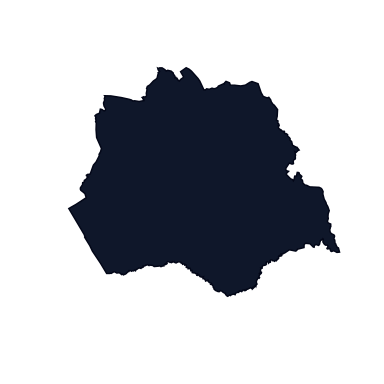 Mlele, Katavi, United Republic of Tanzania, rotated 149°
{"feature_id": "72390352B12905062635487", "entity_name": "Mlele", "entity_type": "district", "adm_level": 2, "iso_a3": "TZA", "parent_name": "United Republic of Tanzania", "parent_adm1": "Katavi", "projection": "mercator", "projection_center": [31.658, -6.61], "detail": "fine", "context": "isolated", "style": "filled", "palette": "ink", "viewbox_px": 384, "rotation_deg": 149, "n_neighbors": 0, "source": "geoboundaries", "source_scale": "gbopen_adm2", "svg_char_len": 5900}
<svg xmlns="http://www.w3.org/2000/svg" viewBox="0 0 384 384"><g transform="rotate(149 192 192)"><path d="M198.9,81.7L197.7,81.3L198.0,80.6L197.3,80.1L196.0,80.0L195.8,80.5L194.1,80.0L191.2,79.9L190.6,78.6L189.5,78.8L190.0,77.8L186.5,78.6L187.1,79.1L186.8,79.3L185.8,79.4L185.4,79.1L185.5,78.6L184.5,79.6L183.7,79.6L183.5,81.2L182.5,82.7L179.9,84.1L179.2,84.1L178.9,83.5L178.2,83.8L178.2,85.1L176.5,86.3L176.3,87.5L175.8,87.5L175.9,86.9L175.1,86.8L175.2,86.5L174.6,86.6L173.8,87.4L174.3,88.5L173.4,90.0L172.5,90.6L172.3,91.4L171.2,90.6L170.2,91.9L169.1,92.4L166.9,91.6L165.8,91.6L164.4,93.7L163.4,93.7L162.8,92.2L163.1,91.6L161.6,91.9L161.0,91.5L160.2,92.4L160.4,93.0L159.3,93.3L158.6,92.8L158.1,91.3L157.3,91.0L156.9,90.1L156.0,90.5L155.3,89.6L154.3,89.9L154.0,90.4L152.9,90.2L151.7,90.7L151.2,92.0L150.2,91.9L150.2,92.5L149.7,92.5L148.9,91.3L147.8,91.3L147.0,92.3L147.9,92.9L147.6,93.2L146.0,92.1L145.3,92.4L144.1,92.0L138.3,92.3L133.6,88.0L132.7,87.9L130.9,88.6L124.6,86.7L123.0,89.2L121.2,89.6L117.5,86.9L116.4,82.4L115.8,81.8L114.5,83.2L112.7,83.1L111.1,81.1L110.6,81.1L109.2,81.8L109.1,82.3L106.9,84.2L105.7,84.4L105.5,84.1L103.9,84.7L103.7,83.9L105.5,81.8L105.5,79.4L105.0,77.8L103.4,76.7L103.2,76.1L103.6,75.2L105.4,74.1L105.3,73.5L103.0,72.5L103.5,70.0L103.1,69.2L100.7,68.6L98.9,65.6L96.5,64.5L95.3,68.7L96.0,69.5L95.9,72.5L95.5,73.2L95.9,74.2L94.4,77.3L94.6,78.8L92.7,80.5L92.4,81.2L92.4,82.0L94.2,84.9L94.1,86.9L93.0,89.4L92.5,89.4L91.4,90.9L90.9,90.8L89.6,93.1L91.2,95.3L91.0,97.2L88.9,99.0L88.1,100.9L86.5,103.2L84.0,105.3L83.1,109.7L83.1,112.4L82.6,113.9L82.4,117.8L80.9,122.9L79.4,124.9L79.2,127.4L79.4,128.6L80.6,130.5L88.4,135.7L90.2,138.6L91.5,139.7L92.4,142.4L91.3,145.3L92.1,147.4L89.8,148.9L90.8,152.1L90.3,153.1L90.9,154.1L91.7,154.6L94.2,151.9L95.8,152.7L98.1,150.1L99.4,149.4L99.4,150.8L100.7,152.5L102.1,158.3L101.5,159.3L98.6,160.0L99.9,161.4L100.2,163.0L99.0,164.2L93.7,166.7L92.0,164.5L90.9,164.0L90.2,164.3L89.8,165.7L88.3,167.2L86.6,167.1L85.8,167.9L85.6,168.8L84.2,170.3L83.8,172.0L83.1,172.3L83.0,173.2L82.5,172.3L79.6,173.0L78.6,172.8L79.0,176.3L79.6,176.7L80.0,177.6L80.6,177.7L80.9,179.1L81.8,180.2L80.6,184.0L81.3,186.0L80.5,187.0L80.5,188.5L81.3,190.5L80.5,192.0L81.3,193.6L82.0,193.7L82.5,194.5L81.7,195.8L81.8,196.7L82.7,196.6L82.8,197.3L83.4,197.7L83.5,199.1L84.3,199.3L84.1,200.0L85.0,202.0L83.9,204.3L83.3,203.9L82.9,204.3L82.6,205.9L83.2,206.5L81.7,208.7L82.6,210.3L80.0,213.0L76.2,218.6L76.8,224.1L77.4,225.2L77.6,228.4L77.1,230.6L77.4,233.6L79.1,233.9L81.7,237.2L81.6,241.5L79.6,250.8L83.7,255.8L85.9,256.2L91.2,256.1L95.6,257.8L100.5,261.6L104.1,263.8L103.6,266.3L105.9,269.3L108.1,268.7L108.6,268.1L109.1,268.5L114.8,269.2L116.2,268.5L118.3,268.6L120.0,269.2L121.4,270.7L124.3,271.1L126.3,272.9L128.0,272.6L129.2,273.5L128.2,283.1L128.4,286.2L130.2,295.8L131.2,298.7L133.0,301.5L139.8,301.0L139.9,295.3L140.7,294.6L143.6,294.4L145.7,293.6L146.3,294.5L146.3,296.5L146.6,296.7L146.3,297.3L147.0,298.1L146.9,298.6L147.8,298.7L147.0,300.2L147.2,303.0L146.8,303.6L147.6,306.3L150.1,308.8L151.8,309.0L152.3,311.0L153.7,313.8L155.9,315.1L157.3,315.3L157.6,315.8L158.1,314.1L157.7,312.1L159.8,311.6L159.7,310.7L161.0,310.0L162.9,307.9L164.1,307.3L168.0,307.0L173.1,305.5L175.9,305.5L177.7,304.0L177.6,303.1L180.3,300.2L181.2,298.2L182.2,297.5L183.4,297.7L184.4,298.0L184.3,298.5L185.8,298.7L185.5,298.1L185.9,298.1L185.8,297.4L186.6,297.6L185.7,296.9L185.6,296.1L186.1,295.7L186.1,295.1L190.7,296.8L194.3,299.8L195.9,300.5L196.5,302.0L198.0,303.7L203.9,309.3L212.0,316.1L217.3,319.5L217.3,318.7L219.0,317.3L219.5,315.8L221.9,314.0L222.3,313.2L223.1,311.0L223.2,307.7L224.3,306.6L225.2,306.6L225.9,307.2L226.7,309.1L227.9,310.2L230.7,307.2L234.1,307.7L235.9,307.3L236.0,305.4L237.0,304.4L237.2,303.0L238.4,302.0L238.5,300.5L242.1,294.9L245.7,287.8L247.2,275.9L249.8,273.5L252.2,272.2L252.9,270.8L258.6,267.2L262.7,265.8L269.3,260.4L270.5,259.8L272.2,260.8L273.8,260.8L274.1,260.4L273.4,258.4L274.5,258.4L274.9,257.9L276.2,257.5L278.3,257.4L279.1,256.1L280.9,256.3L282.1,254.6L285.4,253.1L286.2,252.0L286.4,250.8L284.6,245.8L285.6,241.6L297.8,241.1L306.1,241.3L306.3,210.8L306.8,209.3L306.7,208.0L307.3,208.1L307.2,198.7L307.8,192.7L307.1,177.9L307.1,166.1L304.6,164.6L304.0,164.6L303.3,163.9L301.0,163.8L300.5,164.1L299.4,163.4L298.2,161.3L295.8,160.2L294.8,157.4L293.9,157.4L293.4,156.3L292.9,156.5L292.2,156.0L290.0,156.0L289.7,156.5L288.2,156.4L286.8,157.0L286.7,156.5L286.1,156.8L285.4,156.5L284.6,155.2L283.7,155.3L282.8,154.5L281.7,154.7L281.1,153.7L280.9,154.0L276.6,154.3L275.1,152.8L274.3,153.2L273.9,152.9L272.4,152.8L272.1,153.7L270.5,152.9L269.0,153.2L268.6,152.7L267.7,152.8L266.8,151.2L266.4,151.5L263.5,149.3L262.8,147.6L258.9,145.7L257.8,145.6L257.5,144.5L257.0,144.0L254.7,143.6L254.2,143.1L253.3,143.9L251.7,144.2L251.8,143.4L250.2,143.5L250.0,144.6L248.7,144.9L247.3,143.6L247.1,142.9L246.1,142.6L245.9,142.0L244.9,142.0L244.5,142.4L243.7,141.4L243.1,141.5L243.1,140.5L242.2,139.4L239.9,139.3L238.4,138.3L237.6,137.2L237.9,136.7L237.1,135.9L237.3,134.9L236.4,134.8L235.9,134.3L235.9,133.0L235.4,132.9L235.1,133.4L234.6,132.7L235.2,130.7L235.6,130.6L235.0,129.3L234.1,128.6L234.6,128.1L232.9,127.5L233.5,125.0L232.4,124.6L233.3,122.8L232.0,121.6L231.5,121.8L230.6,119.6L229.5,119.2L230.7,118.1L230.3,117.7L228.8,117.7L228.5,117.1L228.9,116.7L228.6,115.2L228.0,114.9L227.9,114.3L226.0,113.6L226.7,113.3L227.2,112.0L226.2,111.4L225.9,110.0L226.2,108.7L225.2,108.6L224.5,107.9L223.7,108.3L223.5,107.9L224.0,106.6L223.7,105.2L222.4,103.8L222.4,103.4L223.4,103.1L222.5,102.3L222.4,100.2L222.9,99.2L222.6,98.4L223.1,97.6L222.6,95.6L220.9,93.2L219.8,92.5L218.6,92.9L217.5,91.8L217.1,90.3L216.1,88.4L215.4,88.0L216.0,86.9L215.5,84.8L215.1,84.2L212.9,84.3L212.3,83.4L211.3,83.7L209.2,83.2L207.9,81.8L206.9,82.8L204.8,82.6L203.7,81.9L202.9,82.7L202.4,82.4L202.0,82.7L200.7,81.0L198.9,81.7Z" fill="#0f172a" stroke="#020617" stroke-width="1.5"/></g></svg>